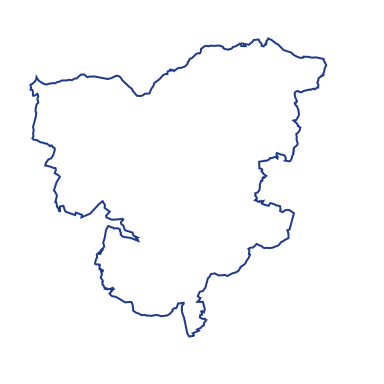 Unguras, Cluj, Romania (Mercator projection), rotated 82°
{"feature_id": "2599482B84898659298862", "entity_name": "Unguras", "entity_type": "district", "adm_level": 2, "iso_a3": "ROU", "parent_name": "Romania", "parent_adm1": "Cluj", "projection": "mercator", "projection_center": [24.051, 47.095], "detail": "fine", "context": "isolated", "style": "outline", "palette": "blue", "viewbox_px": 384, "rotation_deg": 82, "n_neighbors": 0, "source": "geoboundaries", "source_scale": "gbopen_adm2", "svg_char_len": 5920}
<svg xmlns="http://www.w3.org/2000/svg" viewBox="0 0 384 384"><g transform="rotate(82 192 192)"><path d="M63.6,337.2L66.1,336.8L68.3,337.6L68.6,335.9L70.6,335.6L74.4,336.1L74.7,334.7L73.3,331.3L75.8,330.9L78.1,332.1L82.2,331.8L83.6,333.7L87.5,335.2L90.8,335.7L91.7,335.2L95.8,336.2L105.3,340.3L108.8,340.2L111.6,341.1L114.9,341.3L116.6,342.6L118.1,341.6L119.0,338.5L121.7,335.1L122.0,333.7L123.6,330.7L123.5,329.8L123.8,329.1L127.0,326.1L126.2,325.1L126.5,324.4L128.6,323.1L129.4,321.9L131.5,322.1L136.8,324.7L139.0,326.8L139.8,329.7L142.7,332.5L145.3,333.7L147.2,328.7L148.8,326.0L149.4,323.8L151.1,323.7L154.3,325.3L156.7,322.0L158.7,320.7L163.3,324.7L171.3,328.5L172.9,327.5L176.8,326.2L182.9,328.7L183.0,327.9L188.2,327.6L190.0,326.5L192.5,326.2L192.5,325.3L188.0,324.9L187.8,321.3L192.9,320.4L194.2,319.5L198.6,310.9L196.3,310.0L196.7,309.0L199.3,304.1L201.7,305.0L199.3,296.0L191.0,285.7L188.7,281.8L192.9,280.0L195.4,280.8L200.1,276.2L203.5,280.4L205.2,280.3L208.2,275.4L208.7,271.0L209.0,264.4L209.9,263.9L211.8,266.4L212.9,266.7L214.0,266.4L215.6,264.7L220.1,263.8L221.1,262.6L223.9,256.5L227.2,256.0L229.4,252.4L229.6,253.8L232.0,252.2L233.0,252.0L228.9,259.3L226.9,266.3L224.4,268.6L222.7,268.0L220.9,268.8L219.2,268.4L217.6,270.5L217.2,274.5L216.6,274.6L215.5,277.1L214.0,279.7L217.9,282.5L225.5,284.9L229.8,287.0L233.7,286.5L235.5,288.0L236.3,289.6L237.1,288.7L238.1,290.0L240.5,291.4L240.3,292.4L238.5,292.0L240.7,295.0L243.7,295.1L245.2,296.4L249.0,297.9L249.6,298.0L250.3,297.0L250.9,293.7L251.7,293.4L252.2,294.0L254.9,294.1L255.5,293.3L255.8,293.9L257.3,291.1L258.3,291.6L258.2,293.1L261.0,292.7L264.2,294.3L267.2,292.8L268.5,292.8L268.8,293.4L271.4,293.4L271.9,292.8L274.6,292.0L275.3,290.5L275.9,291.3L276.6,289.3L276.5,286.7L275.9,283.7L277.3,283.0L278.2,285.5L278.9,285.1L280.9,287.8L283.4,286.3L284.1,285.5L285.1,282.4L286.1,280.8L292.0,273.5L292.2,269.1L292.5,267.4L295.1,266.5L301.4,266.7L303.8,264.1L305.1,261.5L306.9,259.1L307.1,255.7L308.1,254.3L308.3,252.2L309.0,249.6L308.8,244.7L309.3,242.6L310.7,240.0L310.8,233.9L309.8,231.1L306.8,227.6L305.8,227.7L304.5,225.3L305.0,224.3L304.5,223.4L300.4,221.2L300.7,220.6L300.5,215.7L301.4,215.7L303.4,217.8L309.1,218.7L315.4,217.4L331.4,216.3L334.7,214.9L334.6,210.4L334.2,210.0L332.1,211.0L330.3,204.5L328.9,206.0L327.6,201.9L326.2,200.6L325.8,198.8L323.7,198.6L320.9,195.7L320.6,196.5L319.4,196.8L319.2,198.9L317.4,201.7L314.9,201.0L314.9,199.2L314.2,198.9L311.6,199.5L311.2,198.8L312.8,197.0L309.8,195.6L302.3,196.5L301.6,201.9L299.0,198.9L298.1,198.5L298.1,198.9L296.0,200.8L291.9,198.2L291.5,195.0L288.8,192.2L279.6,188.2L278.5,186.5L275.9,184.6L275.8,180.7L278.4,177.1L278.7,171.0L280.1,168.8L278.2,163.5L277.7,159.5L276.3,156.7L273.0,154.2L270.5,149.4L267.3,147.2L265.1,145.0L261.9,143.3L261.4,144.3L257.8,143.3L256.3,144.1L255.5,142.7L255.3,141.0L255.5,139.4L253.7,136.6L252.4,135.3L254.6,132.1L255.1,130.7L256.9,129.3L257.6,127.9L257.7,125.4L258.2,124.1L258.4,120.5L256.9,113.8L253.9,110.6L253.4,108.4L252.5,107.0L251.1,102.9L246.5,102.3L243.1,102.9L242.8,100.7L227.2,94.0L223.5,98.1L223.0,99.7L223.0,102.1L224.6,105.1L222.9,107.5L221.5,106.7L218.2,106.8L217.2,109.3L217.1,110.5L215.9,111.6L213.9,115.7L214.3,116.6L216.3,117.9L215.0,121.4L213.3,124.4L210.8,122.6L210.9,123.5L210.5,124.0L211.3,125.2L210.4,126.4L211.1,127.1L208.9,130.7L207.8,128.8L207.1,128.5L204.3,129.9L204.1,129.5L202.1,129.6L201.5,127.0L199.5,125.0L195.9,123.9L194.8,124.1L190.6,122.0L191.0,121.4L190.4,120.6L187.8,120.2L187.3,119.2L188.0,118.7L187.8,118.3L186.4,116.2L183.8,118.9L182.8,119.0L181.4,120.3L180.6,120.2L180.2,119.4L179.4,119.4L177.9,121.4L177.9,122.0L171.4,121.3L171.3,117.6L171.0,116.1L171.6,114.6L170.4,110.7L169.2,110.0L169.5,108.4L168.8,104.5L170.7,102.8L169.1,102.2L168.6,102.9L166.2,103.1L165.2,102.5L167.3,98.7L167.8,96.7L169.1,95.0L171.8,94.4L173.2,94.9L173.8,95.6L175.2,91.2L174.5,89.9L171.6,88.0L170.8,88.1L168.0,86.0L167.1,86.4L166.1,85.7L165.2,85.9L164.4,85.1L162.7,85.2L160.1,81.3L159.0,80.6L154.3,81.2L152.4,80.6L149.1,80.7L148.0,78.6L145.9,76.9L143.2,75.7L141.4,78.0L140.6,77.7L138.3,78.9L135.3,81.6L135.1,80.7L135.5,79.3L134.9,78.5L131.1,75.6L129.7,75.2L125.3,75.3L121.4,76.3L120.5,77.3L118.4,77.9L117.7,77.5L118.0,76.3L116.7,75.3L112.6,76.6L108.6,76.7L107.1,75.4L106.6,73.0L107.9,71.8L108.5,69.5L107.6,67.9L106.9,61.7L107.0,60.8L107.3,60.7L106.6,56.8L107.4,55.9L105.9,53.4L106.1,52.5L103.0,51.9L101.2,52.8L98.7,51.2L97.4,51.1L96.4,50.1L95.5,47.8L94.7,47.6L95.0,46.3L94.5,45.4L93.3,45.7L91.3,44.4L88.1,43.4L85.1,41.4L79.6,43.3L78.6,43.1L76.0,50.2L75.6,54.7L74.3,58.2L73.5,62.9L74.4,63.0L74.3,65.8L73.1,68.4L70.5,72.2L67.8,74.2L64.2,81.5L57.8,86.3L56.5,88.2L52.5,92.1L50.6,95.2L51.9,95.9L52.8,97.3L54.4,97.3L55.0,98.3L55.4,97.9L56.2,98.1L56.9,100.2L57.7,100.6L57.7,101.1L57.2,102.6L54.9,102.5L52.3,104.3L50.5,104.6L50.2,105.6L50.1,109.7L51.7,111.3L54.1,115.2L52.3,120.5L55.0,119.0L54.3,122.9L52.0,122.8L51.9,124.4L52.7,125.5L53.1,127.2L53.7,128.1L54.2,131.6L55.4,132.5L55.9,134.2L55.6,135.0L56.2,136.0L54.9,139.7L54.0,140.9L53.2,140.8L52.2,141.6L50.6,145.2L50.5,148.7L49.7,153.2L50.0,155.5L49.3,157.2L49.4,159.1L51.5,163.1L54.5,163.8L55.9,165.1L55.5,166.8L55.7,168.3L59.3,173.3L60.0,175.9L61.8,176.8L62.8,178.2L64.2,178.3L66.7,181.5L67.6,185.7L67.3,186.9L67.4,188.7L69.8,193.1L68.4,193.9L68.9,195.9L67.8,196.0L67.7,196.5L68.4,196.8L69.3,199.3L71.8,200.0L71.4,201.4L72.1,204.1L75.9,208.7L78.8,214.1L81.9,215.7L84.2,218.0L88.5,220.5L88.1,224.9L89.5,227.3L89.8,229.7L89.0,233.2L83.5,236.6L81.3,237.2L79.6,239.1L72.0,245.2L68.5,246.9L67.3,248.1L66.5,249.9L66.4,250.9L68.0,256.0L68.4,259.7L64.0,272.6L63.5,276.8L63.7,279.8L60.7,282.3L60.3,285.7L63.6,290.6L63.3,291.5L63.5,293.0L64.6,295.4L63.7,298.3L64.1,300.1L63.4,305.8L64.3,307.4L64.2,309.5L65.3,312.5L64.8,314.9L64.9,319.1L65.4,320.9L64.1,324.0L61.2,327.5L59.5,328.8L56.6,330.0L58.9,330.6L61.2,332.7L62.9,335.4L63.1,336.6L63.6,337.2Z" fill="none" stroke="#1e3a8a" stroke-width="2"/></g></svg>